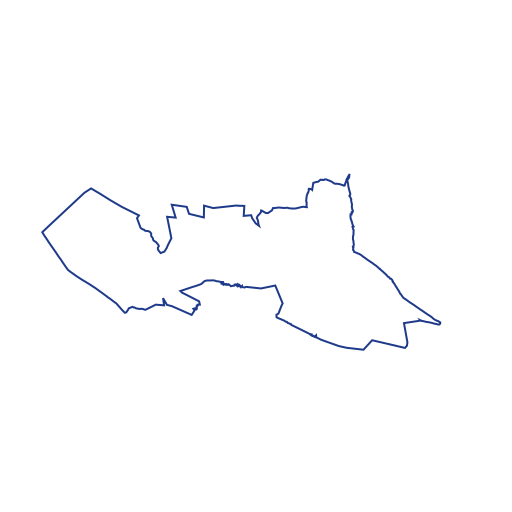 outline of Sabanilla, Chiapas, Mexico, rotated 124°
{"feature_id": "50627088B78284719360183", "entity_name": "Sabanilla", "entity_type": "district", "adm_level": 2, "iso_a3": "MEX", "parent_name": "Mexico", "parent_adm1": "Chiapas", "projection": "equal_earth", "projection_center": [-92.63, 17.325], "detail": "fine", "context": "isolated", "style": "outline", "palette": "blue", "viewbox_px": 512, "rotation_deg": 124, "n_neighbors": 0, "source": "geoboundaries", "source_scale": "gbopen_adm2", "svg_char_len": 6075}
<svg xmlns="http://www.w3.org/2000/svg" viewBox="0 0 512 512"><g transform="rotate(124 256 256)"><path d="M292.2,430.5L299.5,433.6L345.0,444.1L355.8,446.5L357.9,441.9L358.0,441.4L359.0,439.0L359.7,437.2L359.9,436.9L362.8,429.5L365.1,423.5L366.4,420.4L367.5,417.5L367.9,416.2L368.1,415.8L369.3,412.9L371.7,406.8L372.7,404.0L372.8,401.8L372.9,401.2L372.9,399.8L373.1,393.3L373.0,389.8L373.0,387.7L372.5,378.2L372.5,375.5L372.4,375.0L372.5,374.2L372.4,371.6L372.9,357.2L373.0,356.5L373.1,355.1L373.0,354.0L373.1,353.2L373.1,351.9L373.2,350.8L373.2,350.5L373.4,346.9L373.4,345.4L375.7,336.5L376.4,333.0L375.6,332.2L374.7,332.0L371.8,332.0L370.6,332.2L370.3,332.1L367.3,330.0L367.1,328.8L366.8,328.4L366.6,327.8L366.5,326.5L366.2,325.5L365.4,323.9L365.2,323.1L364.6,322.4L363.9,321.6L363.5,320.8L362.9,319.4L362.9,318.7L362.6,317.9L362.3,317.5L352.4,311.9L348.3,304.6L342.9,309.5L346.3,302.5L344.6,297.6L340.8,276.4L335.5,276.5L334.8,278.4L333.4,277.3L333.8,275.8L333.7,275.6L333.3,275.5L332.7,275.6L332.5,276.3L332.3,276.5L332.0,276.5L330.6,277.2L330.5,276.5L329.6,276.6L329.4,276.9L329.0,277.1L328.4,276.4L327.7,275.4L325.4,277.8L327.1,291.9L327.8,297.3L327.4,297.9L327.3,299.1L317.0,291.2L315.1,289.6L310.7,286.3L309.7,285.7L308.9,285.4L308.0,285.3L305.4,284.5L303.9,283.2L300.8,278.8L300.1,277.9L299.3,276.0L299.0,274.6L298.1,273.0L297.1,270.5L296.0,268.7L296.8,268.0L296.8,267.9L296.9,268.0L297.2,268.7L297.3,268.6L297.5,269.0L297.1,269.7L297.7,269.9L298.2,269.2L298.3,269.1L298.0,268.5L297.9,268.5L297.5,267.3L298.0,266.8L296.8,265.8L296.5,265.6L296.1,265.4L295.9,265.1L296.4,264.6L295.8,263.9L296.0,263.7L295.8,263.4L295.3,263.6L294.9,263.3L294.8,263.1L294.7,262.6L294.9,261.5L294.9,261.2L295.1,259.9L294.3,259.2L292.6,257.3L292.1,257.2L292.0,257.3L291.9,257.2L291.6,257.6L290.8,256.8L290.4,256.1L290.8,255.7L291.0,255.6L291.3,255.0L291.2,254.9L291.5,254.3L291.0,254.0L290.8,253.8L290.6,253.4L289.9,254.1L290.2,252.2L289.4,252.9L289.6,251.0L288.8,250.8L289.4,250.4L289.3,249.9L288.6,248.0L287.1,246.9L280.1,233.7L269.7,223.5L280.4,207.4L282.8,207.1L291.2,205.2L293.3,206.2L294.4,205.3L295.0,205.1L295.3,204.0L293.8,196.5L293.9,194.8L293.6,194.3L293.4,193.2L293.8,192.2L293.5,191.7L293.2,189.4L292.9,189.1L293.1,188.6L293.4,188.2L290.6,168.0L290.5,167.8L290.3,167.0L289.9,166.1L290.4,166.0L290.5,165.4L290.8,165.7L290.8,164.5L290.0,163.7L290.3,163.1L290.4,162.8L290.2,161.8L289.2,162.0L288.2,161.8L289.7,160.6L289.0,155.1L284.4,137.1L281.4,129.5L273.6,114.5L260.9,112.6L248.9,81.1L246.0,80.7L242.9,82.2L228.9,95.8L217.6,83.5L217.4,84.0L217.3,83.3L217.2,83.2L217.3,82.9L217.2,82.4L216.6,81.2L216.0,79.6L215.5,78.2L214.2,75.5L213.7,74.2L213.1,72.7L212.6,71.1L212.0,69.4L211.5,68.5L211.1,67.1L210.5,65.9L209.5,65.5L208.6,65.7L208.0,66.1L208.0,66.7L208.0,67.1L208.1,67.4L208.2,67.7L208.1,68.0L208.1,68.4L208.2,69.1L208.5,69.6L208.6,70.8L208.8,71.5L208.8,73.9L208.5,75.4L208.4,77.9L208.5,81.0L208.4,88.4L208.5,90.1L208.4,91.8L208.4,95.1L208.3,97.6L208.4,102.4L208.2,108.1L208.3,110.4L207.4,112.8L206.8,114.2L206.6,115.3L206.1,116.5L205.7,116.8L205.3,117.6L205.0,118.3L203.9,121.0L203.3,121.9L203.2,122.7L202.7,123.6L201.6,125.9L201.2,127.2L201.1,127.9L200.8,128.4L200.5,128.3L199.7,129.7L199.7,130.2L199.3,131.1L199.8,132.3L199.2,133.4L199.3,134.5L199.4,135.1L198.9,136.6L198.9,137.0L198.6,138.0L198.5,138.9L198.3,140.3L198.0,142.0L197.7,145.0L197.4,146.1L197.6,146.3L197.2,148.4L197.0,150.3L196.9,151.2L196.9,153.6L196.7,155.8L196.8,156.7L196.8,159.4L196.8,161.3L196.6,165.5L196.7,166.2L196.4,169.3L196.6,171.7L196.9,172.8L197.0,173.7L197.5,176.1L197.8,176.8L196.6,178.5L196.6,179.0L195.4,179.6L194.7,180.3L194.2,180.2L193.9,181.0L192.9,180.8L191.7,181.4L189.2,183.6L188.8,183.8L188.2,184.7L187.5,185.3L185.6,186.5L184.4,186.9L183.3,187.4L182.8,187.7L182.5,188.0L180.7,189.1L180.0,189.4L179.4,190.6L179.0,191.1L178.4,191.6L177.8,192.3L177.0,191.6L176.6,192.5L175.8,193.7L173.9,195.8L173.2,196.9L172.6,197.5L172.1,198.4L170.7,199.6L168.7,200.9L168.2,200.1L166.8,200.9L166.7,200.6L166.0,201.0L165.7,200.5L164.6,200.7L163.9,201.5L163.6,202.2L161.5,204.2L160.1,204.9L159.4,205.4L157.3,207.7L156.1,208.7L155.6,208.8L155.2,209.6L154.5,210.8L153.9,211.5L153.9,212.2L151.9,212.4L149.2,215.6L146.9,218.1L146.0,219.0L144.9,219.8L144.2,220.6L142.1,222.8L141.0,223.0L140.5,222.6L138.8,222.8L137.8,223.2L137.2,223.7L135.6,224.2L139.1,224.0L140.3,223.7L140.8,223.8L141.9,223.7L142.4,223.6L143.0,223.2L145.5,222.7L147.9,221.9L148.5,222.3L148.7,222.9L148.6,223.4L149.3,225.4L149.3,225.9L149.8,227.1L150.6,228.9L152.1,231.3L152.1,235.1L152.5,237.4L152.9,238.7L153.2,240.5L154.0,241.8L154.7,242.0L155.4,242.8L155.5,243.4L156.4,244.3L156.6,245.1L157.0,245.3L159.7,246.0L160.9,247.4L162.4,248.6L163.3,249.4L169.8,246.4L169.7,247.4L169.9,248.1L170.5,249.5L170.8,249.8L171.5,249.4L171.8,249.1L173.3,248.5L174.1,248.3L174.6,248.4L175.1,248.1L175.6,248.2L177.7,247.6L178.9,247.0L180.1,246.4L182.2,245.3L182.8,244.6L183.4,243.8L184.6,243.2L185.1,242.7L186.1,242.3L187.1,241.2L188.0,242.8L188.7,244.3L189.9,245.6L193.7,249.0L194.9,250.3L196.5,252.7L197.5,254.5L198.0,255.5L198.4,256.9L200.8,260.0L201.3,261.1L203.2,264.4L206.1,267.7L206.7,268.7L209.3,268.3L213.7,270.1L214.8,271.8L215.0,273.8L215.1,276.0L215.2,276.6L215.4,277.2L216.8,276.4L219.8,276.6L220.8,276.9L222.4,277.0L223.9,276.7L225.3,274.5L226.7,273.1L228.4,271.6L229.3,270.4L229.1,274.6L226.8,280.3L224.9,282.8L229.6,288.6L221.0,293.7L224.6,299.4L225.2,300.6L240.2,318.3L243.3,327.2L253.2,320.8L258.5,335.1L254.0,340.9L260.6,354.5L269.1,344.1L273.2,351.6L288.6,336.1L296.4,335.1L299.6,334.5L303.6,334.4L306.9,336.7L305.9,340.0L305.1,341.3L303.9,342.0L302.1,342.1L301.5,343.0L300.9,344.8L300.4,346.6L300.4,347.3L300.5,349.2L300.2,350.1L299.8,350.7L299.4,351.0L299.0,351.4L298.7,352.0L298.5,352.8L298.1,353.9L297.6,354.4L296.2,355.3L295.7,356.1L295.4,357.1L295.4,358.3L295.8,359.6L296.5,360.9L297.0,362.0L297.1,362.6L296.9,363.3L296.8,363.8L296.9,364.2L297.2,364.6L297.3,365.1L297.3,367.1L296.7,368.2L295.3,370.1L291.2,375.8L287.8,375.7L290.3,394.6L291.2,408.0L291.6,420.0L292.2,430.5Z" fill="none" stroke="#1e3a8a" stroke-width="2"/></g></svg>